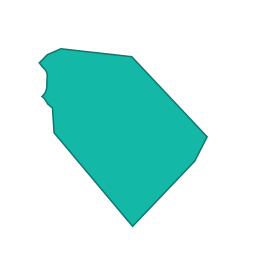 Cedars/Chu Tigre, Choiseul, Saint Lucia (Mercator projection), rotated 253°
{"feature_id": "8701671B42521441086623", "entity_name": "Cedars/Chu Tigre", "entity_type": "district", "adm_level": 2, "iso_a3": "LCA", "parent_name": "Saint Lucia", "parent_adm1": "Choiseul", "projection": "mercator", "projection_center": [-61.046, 13.77], "detail": "fine", "context": "isolated", "style": "filled", "palette": "teal", "viewbox_px": 256, "rotation_deg": 253, "n_neighbors": 0, "source": "geoboundaries", "source_scale": "gbopen_adm2", "svg_char_len": 448}
<svg xmlns="http://www.w3.org/2000/svg" viewBox="0 0 256 256"><g transform="rotate(253 128 128)"><path d="M182.6,55.3L181.3,56.3L178.0,57.4L174.5,58.2L169.1,61.6L145.1,55.9L32.6,103.6L76.8,182.1L96.4,201.1L195.1,152.4L214.7,107.0L223.4,87.0L221.7,72.3L216.6,62.9L216.3,62.2L211.6,63.9L208.1,65.8L205.9,66.4L202.6,66.4L196.3,64.1L190.6,62.2L188.4,61.0L185.4,58.5L183.2,54.9L182.6,55.3Z" fill="#14b8a6" stroke="#0f766e" stroke-width="1.5"/></g></svg>